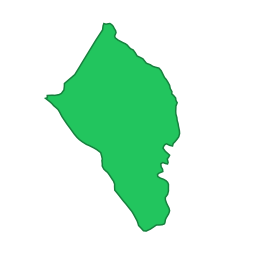 outline of Bacurituba, Maranhão, Brazil, rotated 125°
{"feature_id": "56859067B48113685319098", "entity_name": "Bacurituba", "entity_type": "district", "adm_level": 2, "iso_a3": "BRA", "parent_name": "Brazil", "parent_adm1": "Maranhão", "projection": "equal_earth", "projection_center": [-44.686, -2.691], "detail": "fine", "context": "isolated", "style": "filled", "palette": "green", "viewbox_px": 256, "rotation_deg": 125, "n_neighbors": 0, "source": "geoboundaries", "source_scale": "gbopen_adm2", "svg_char_len": 2084}
<svg xmlns="http://www.w3.org/2000/svg" viewBox="0 0 256 256"><g transform="rotate(125 128 128)"><path d="M117.2,81.2L114.8,82.1L112.5,81.7L109.0,81.4L106.1,81.4L102.9,82.6L100.8,84.3L99.1,86.1L97.6,87.7L95.8,89.4L93.6,92.1L91.5,93.9L89.1,96.8L87.1,98.4L82.6,101.3L79.1,102.2L77.9,104.6L76.1,106.2L75.3,109.1L74.9,111.8L73.0,112.9L71.5,116.0L69.2,118.4L67.6,121.6L66.4,124.4L65.7,127.1L64.1,130.0L62.1,133.6L61.2,137.0L62.6,140.8L63.3,143.1L63.4,146.0L64.4,150.1L63.6,152.9L62.8,155.5L63.1,157.9L63.8,161.9L62.3,165.1L61.1,168.6L61.6,171.4L61.1,174.1L60.5,176.2L60.5,178.5L61.0,181.1L61.3,183.6L61.7,186.6L61.5,190.1L60.4,191.7L56.8,192.5L55.4,194.0L54.4,196.3L53.2,198.5L52.7,200.7L52.8,202.8L55.6,205.6L56.3,207.7L58.6,207.0L62.2,205.1L74.6,204.7L102.0,203.0L104.4,202.8L114.8,202.2L128.0,205.6L130.6,203.9L133.6,202.3L137.9,202.4L140.2,203.6L143.2,206.6L144.7,209.0L147.7,212.8L149.5,211.4L151.0,212.6L151.3,207.0L151.6,204.5L152.3,201.7L152.6,198.4L152.9,196.1L154.1,193.2L155.4,190.8L156.6,188.4L158.1,184.6L159.7,180.4L160.5,178.0L161.6,174.7L163.8,168.5L164.9,164.4L165.4,161.1L165.5,157.3L165.3,152.7L164.7,150.0L163.9,144.6L163.6,141.0L163.8,136.3L166.0,133.6L168.1,131.3L169.6,130.7L172.1,128.5L173.9,127.3L175.5,124.3L175.9,121.8L176.1,119.3L177.0,116.6L178.2,113.6L179.0,111.6L179.8,109.4L181.6,106.8L183.8,105.3L186.5,103.2L187.3,100.3L188.4,96.5L189.3,93.7L190.5,89.7L191.4,86.1L193.1,80.5L194.1,77.0L195.3,74.3L198.8,67.3L200.4,65.1L201.8,63.4L202.5,59.9L203.3,56.4L202.0,54.0L199.7,52.7L198.2,51.8L196.7,51.2L194.4,50.3L191.2,49.1L189.6,46.9L187.6,44.5L185.6,43.2L184.1,43.6L181.6,44.8L179.5,45.2L175.2,45.5L173.6,45.9L171.9,46.5L170.2,48.4L168.8,51.0L167.5,53.3L165.5,56.1L163.5,57.6L159.7,57.5L156.3,58.8L154.8,59.9L151.0,62.5L149.8,64.4L149.4,66.7L149.6,69.4L150.5,72.7L150.7,75.8L149.1,77.2L147.1,76.7L143.7,74.5L142.0,76.0L140.8,78.6L138.5,80.6L136.3,79.7L135.6,76.9L134.8,75.0L133.2,75.4L130.8,78.1L128.5,78.0L126.4,78.3L125.7,84.1L124.4,87.8L122.4,88.3L120.7,88.3L118.9,87.5L118.3,83.9L117.2,81.2Z" fill="#22c55e" stroke="#15803d" stroke-width="1.5"/></g></svg>